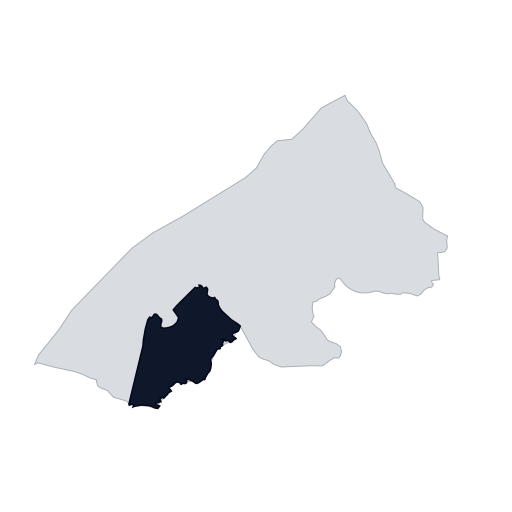 Grand Gedeh highlighted on a map of Liberia, rotated 106°
{"feature_id": "LBR-793", "entity_name": "Grand Gedeh", "entity_type": "County", "adm_level": 1, "iso_a3": "LBR", "parent_name": "Liberia", "parent_adm1": "", "projection": "albers", "projection_center": [-8.193, 5.975], "detail": "fine", "context": "in_parent", "style": "filled", "palette": "ink", "viewbox_px": 512, "rotation_deg": 106, "n_neighbors": 0, "source": "natural_earth", "source_scale": "10m", "svg_char_len": 4550}
<svg xmlns="http://www.w3.org/2000/svg" viewBox="0 0 512 512"><g transform="rotate(106 256 256)"><path d="M77.0,214.8L81.6,211.0L88.4,198.5L97.9,186.5L106.8,179.4L113.8,172.0L121.2,166.4L131.9,159.9L148.1,142.7L152.0,140.7L154.6,128.7L158.7,113.5L163.4,108.8L174.4,106.0L177.0,103.4L181.0,92.6L183.5,80.1L183.8,77.4L188.1,77.1L195.5,74.4L199.8,75.7L201.7,79.3L202.7,82.3L225.2,74.6L227.1,73.0L228.3,73.3L231.1,80.3L232.8,79.9L234.1,77.8L235.6,77.7L237.4,78.6L239.1,81.9L242.0,84.8L246.9,86.9L249.9,89.8L249.6,97.3L250.7,104.6L252.8,106.3L254.0,110.7L254.5,115.5L255.7,118.0L256.5,122.8L256.1,128.0L256.9,131.7L260.5,138.0L262.7,145.9L262.7,151.5L261.4,157.4L259.0,162.8L254.8,168.7L254.5,171.1L256.9,172.6L260.7,172.9L263.9,171.7L271.8,174.4L276.0,178.3L279.7,183.1L283.0,185.6L284.4,188.6L290.1,187.8L296.7,184.9L298.0,183.5L300.0,184.2L304.2,184.5L307.2,179.3L309.6,173.2L314.7,166.7L317.2,164.2L317.9,160.0L318.2,154.6L320.0,149.9L324.2,147.4L328.7,147.4L331.2,148.3L332.5,152.9L336.1,156.3L339.2,158.7L340.9,159.7L343.5,162.4L345.9,171.5L355.7,201.1L355.2,209.2L353.2,214.5L353.2,219.7L352.5,224.9L346.6,233.3L329.0,250.5L330.4,252.1L334.5,254.0L338.8,255.0L342.3,254.5L346.7,258.8L351.5,264.2L356.5,267.1L363.7,269.5L370.0,269.8L375.4,268.9L383.0,269.9L391.1,274.4L394.0,281.8L395.9,288.3L398.7,291.5L399.1,297.1L404.9,302.0L413.1,303.0L423.7,308.7L426.4,308.4L427.6,307.7L428.9,308.8L431.6,325.4L433.7,334.2L432.6,337.7L431.1,340.5L431.1,354.0L426.3,361.7L425.5,370.1L424.1,372.8L419.0,375.3L419.0,381.8L417.6,389.6L417.1,397.9L418.5,419.7L418.8,436.0L421.2,439.0L411.1,437.7L381.6,425.3L358.9,418.2L282.9,377.5L261.8,361.2L237.5,336.9L183.6,287.8L171.3,279.9L155.7,276.1L146.1,271.8L139.4,267.3L133.9,253.7L120.5,245.6L95.6,234.0L77.0,214.8Z" fill="#d9dde1" stroke="#a8b0b8" stroke-width="1"/><path d="M327.7,251.8L329.1,251.9L330.0,252.1L332.1,252.1L333.1,252.4L334.0,253.2L336.6,256.7L338.2,257.2L339.3,256.3L340.0,254.7L340.4,253.1L340.8,252.4L341.4,252.7L342.4,254.0L345.1,255.5L346.2,256.8L346.1,257.3L345.5,257.9L345.0,259.3L345.2,260.1L346.0,261.7L346.1,262.4L345.7,263.2L344.9,263.6L344.6,264.2L345.6,265.2L346.6,264.3L347.6,263.9L348.7,263.9L349.6,264.3L350.8,263.4L351.7,263.7L352.5,264.7L353.4,265.5L353.8,265.5L354.1,265.1L354.5,264.8L355.1,265.2L355.6,265.9L355.7,266.6L355.7,267.2L355.8,267.6L356.6,267.8L363.3,269.4L364.3,269.8L365.3,270.3L365.9,270.7L366.6,271.0L368.0,271.0L369.2,270.7L371.1,269.6L372.2,269.2L376.2,268.6L378.6,268.6L380.1,268.9L381.5,269.9L387.1,271.2L387.5,271.3L387.9,271.1L388.3,271.0L388.9,271.2L389.0,271.5L389.2,272.5L389.5,272.9L393.4,276.0L394.8,277.7L395.0,278.9L393.8,282.2L393.4,284.1L393.2,286.0L393.4,287.8L394.4,289.0L394.4,288.6L395.3,288.2L396.3,287.9L397.1,287.9L398.0,288.7L398.3,289.5L398.6,291.5L398.9,291.8L399.3,292.0L399.8,292.2L400.0,292.7L399.8,293.2L399.0,293.6L398.8,294.0L398.8,296.5L398.8,297.2L400.0,298.6L403.4,300.4L404.5,301.4L406.0,303.6L407.2,303.0L408.3,301.2L409.2,300.1L409.8,300.5L410.7,301.6L412.0,302.7L413.6,302.9L413.7,303.2L415.5,304.2L415.7,304.3L417.6,305.1L418.0,305.7L417.3,306.6L418.0,307.1L419.2,308.6L419.8,308.9L420.8,308.4L421.9,307.5L422.5,307.3L422.2,308.7L423.6,309.0L424.2,310.1L424.6,311.3L425.4,311.9L426.1,311.2L426.5,309.7L426.8,307.2L429.6,308.4L430.0,311.4L429.4,315.1L429.3,318.3L430.9,325.2L432.1,327.4L433.9,331.2L435.0,332.6L433.2,332.3L432.6,333.3L433.0,335.0L434.2,336.5L432.5,336.6L431.9,336.6L432.8,337.4L373.6,339.9L368.0,341.1L356.6,342.3L347.0,342.4L344.0,341.3L344.1,340.3L344.1,340.0L344.1,339.7L343.9,339.4L343.6,339.0L343.2,338.7L342.0,338.3L340.6,338.0L340.3,337.8L339.9,337.5L339.6,336.7L339.5,336.3L339.5,335.9L339.6,335.5L339.7,335.2L340.1,334.5L341.9,331.9L342.0,331.6L342.1,331.3L342.3,330.4L342.4,330.1L342.5,329.8L342.7,329.5L343.0,329.2L343.3,329.0L343.6,328.9L344.3,328.8L344.7,328.7L347.5,328.7L348.2,328.6L349.7,328.2L350.0,328.0L350.3,327.8L350.5,327.6L350.7,327.3L350.8,327.0L350.8,326.7L350.9,325.7L350.8,325.1L350.5,323.8L350.0,322.5L348.7,320.1L347.0,317.6L345.8,316.4L344.8,315.6L342.1,314.0L341.4,313.7L340.6,313.6L337.9,313.4L337.0,313.5L336.4,313.7L336.1,313.9L330.6,320.7L325.6,318.5L302.9,305.8L303.1,304.2L302.4,302.8L301.1,301.6L299.8,302.8L299.4,301.9L299.9,299.9L301.5,297.8L301.5,297.1L300.4,296.2L299.7,295.1L300.8,293.6L302.3,293.1L305.9,292.7L307.2,291.8L308.0,290.1L308.4,287.9L308.2,285.7L307.2,284.3L308.5,283.2L309.6,280.4L310.9,279.7L313.3,278.8L315.6,276.9L317.5,274.6L318.9,272.5L324.1,262.0L326.2,255.1L327.6,251.8L327.7,251.8Z" fill="#0f172a" stroke="#020617" stroke-width="1.5"/></g></svg>